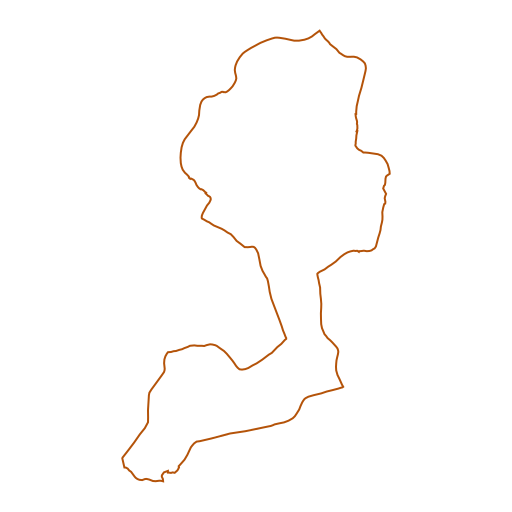 Kourweogo, Kourwéogo, Burkina Faso
{"feature_id": "67063806B35388046796178", "entity_name": "Kourweogo", "entity_type": "district", "adm_level": 2, "iso_a3": "BFA", "parent_name": "Burkina Faso", "parent_adm1": "Kourwéogo", "projection": "equal_earth", "projection_center": [-1.825, 12.601], "detail": "fine", "context": "isolated", "style": "outline", "palette": "amber", "viewbox_px": 512, "rotation_deg": 0, "n_neighbors": 0, "source": "geoboundaries", "source_scale": "gbopen_adm2", "svg_char_len": 5171}
<svg xmlns="http://www.w3.org/2000/svg" viewBox="0 0 512 512"><path d="M270.7,426.0L272.9,425.2L274.6,424.4L279.0,423.4L284.0,422.4L288.5,420.7L292.7,418.3L294.8,416.3L296.7,413.5L299.2,409.5L300.5,406.1L302.2,402.4L303.3,400.6L304.5,399.0L305.7,398.1L308.4,396.7L313.6,395.2L321.2,393.4L326.8,391.5L332.2,390.2L338.3,388.6L340.7,387.8L342.4,387.4L343.2,386.8L342.0,384.7L339.5,379.1L337.5,375.0L336.2,370.4L336.0,366.8L336.2,363.5L336.5,360.3L337.2,357.2L337.9,354.4L338.3,351.9L338.1,350.4L337.5,348.5L336.2,346.7L334.3,344.6L332.3,342.4L330.1,340.2L327.6,338.1L326.1,336.0L324.5,334.2L323.2,331.0L322.0,328.2L321.2,324.2L321.0,319.2L320.9,313.3L321.2,307.9L321.3,303.9L320.9,298.8L320.3,293.7L320.1,287.5L319.1,283.2L318.6,280.1L317.9,277.4L317.5,275.4L317.3,273.9L317.7,273.3L319.7,271.8L324.6,269.4L328.3,266.6L331.2,264.8L335.8,261.5L340.5,257.0L344.3,254.2L347.5,252.4L350.4,251.4L353.6,250.7L355.9,251.0L356.7,250.8L357.3,250.8L358.9,251.9L359.2,251.2L361.0,251.1L363.9,250.7L366.8,251.2L369.4,251.0L371.5,250.4L373.1,249.2L374.6,248.4L375.9,246.5L376.7,243.5L378.3,237.4L379.6,233.4L380.5,230.0L380.9,226.5L381.9,222.5L382.4,219.8L382.5,216.6L382.3,212.2L383.2,207.7L384.2,204.1L385.2,203.6L385.4,201.8L384.7,198.2L385.2,196.1L386.1,193.9L383.2,188.5L384.0,185.8L384.9,184.9L385.3,182.8L385.5,178.7L386.0,176.6L386.8,175.7L389.7,173.8L389.5,171.1L388.7,167.9L387.6,164.1L385.7,160.7L383.8,157.9L381.5,155.7L377.9,154.2L374.5,153.7L368.4,152.8L364.9,152.5L363.3,152.5L361.2,150.8L359.0,149.8L357.3,148.4L355.4,145.7L355.4,145.0L355.7,143.7L355.7,141.8L356.2,138.5L356.4,135.4L357.3,131.2L356.6,131.2L357.0,130.2L357.4,128.3L357.3,125.1L356.9,123.9L357.1,122.2L357.0,121.1L356.1,118.1L355.8,116.7L355.5,114.1L356.2,114.0L356.2,111.5L356.7,106.1L357.8,101.3L359.0,95.8L361.4,87.9L363.4,79.8L364.7,74.4L365.5,71.0L365.9,68.3L365.6,65.7L364.9,63.4L363.2,61.5L360.6,59.4L357.0,57.4L353.8,56.7L350.0,56.8L347.2,56.8L344.9,56.2L343.1,55.2L340.9,53.7L339.4,52.8L336.4,49.1L332.5,46.1L330.1,44.2L329.1,42.6L327.8,41.2L326.4,40.0L324.9,38.5L323.4,36.2L322.2,34.7L321.1,32.8L320.4,31.9L319.6,30.7L314.8,34.2L311.9,36.5L308.4,38.4L304.5,39.7L298.8,40.7L294.3,40.7L290.6,39.9L285.2,38.7L279.5,37.8L277.1,37.6L274.9,37.7L272.0,38.5L266.7,40.3L260.6,42.8L258.5,43.9L255.6,45.5L251.1,47.9L247.7,50.0L244.8,51.9L242.7,53.6L239.7,57.3L237.1,61.5L235.6,65.3L235.1,67.4L234.8,70.0L235.2,72.9L235.8,75.1L236.1,76.6L236.3,78.5L235.8,80.5L234.8,82.7L232.6,86.3L230.8,88.3L229.0,90.1L227.2,91.5L226.0,92.1L225.3,92.3L224.2,92.1L223.3,92.1L222.9,91.8L221.5,91.9L220.3,92.7L218.1,93.5L216.8,94.6L214.2,95.9L211.6,96.6L209.4,96.6L206.6,97.1L204.6,98.2L202.9,99.6L201.5,101.5L200.2,104.9L199.3,110.5L199.0,115.2L198.1,118.7L196.6,122.5L194.3,126.8L191.1,130.9L186.9,136.4L184.7,139.3L182.9,142.9L181.6,147.3L180.8,152.8L180.5,157.6L180.8,163.1L181.5,166.5L182.7,169.7L184.9,172.7L186.9,174.5L188.4,176.1L188.9,176.7L188.9,177.7L190.3,178.9L190.9,178.5L192.0,179.0L193.7,179.9L194.7,181.1L195.7,183.0L196.4,184.8L197.2,186.0L197.9,187.0L199.0,188.2L200.6,189.3L201.4,189.2L203.3,190.2L205.1,192.0L206.1,192.7L205.6,193.4L207.0,194.7L208.0,195.8L209.0,196.2L209.5,196.6L209.9,196.8L210.3,197.4L210.6,198.1L210.7,198.8L210.7,199.7L210.3,200.6L209.3,202.7L207.0,205.5L204.6,209.9L202.9,213.0L201.9,215.5L201.7,217.0L201.7,217.9L201.9,218.5L204.2,219.7L207.0,221.4L209.2,222.3L211.0,223.6L213.9,225.5L217.7,227.1L221.7,228.8L224.5,230.4L227.5,232.5L230.8,234.2L233.5,237.0L236.6,240.9L240.8,244.0L242.9,245.7L244.6,247.1L247.8,247.2L250.1,247.0L252.0,246.7L253.7,246.9L255.0,247.8L256.3,249.6L258.1,253.2L259.3,259.0L260.6,265.9L262.5,270.8L264.4,274.1L265.9,276.8L267.1,278.4L267.9,281.1L268.9,286.5L269.7,291.8L271.4,298.8L274.2,306.2L279.5,320.1L281.7,326.2L283.0,330.4L284.5,334.0L285.5,336.7L286.2,338.0L286.2,338.9L284.9,339.9L281.3,343.9L277.3,347.1L271.8,352.9L268.9,354.6L262.2,359.7L256.6,363.4L252.6,365.4L248.3,368.0L245.3,369.1L242.0,369.6L239.5,369.3L237.6,367.7L236.0,365.8L234.3,363.2L232.5,360.7L229.8,357.4L226.8,353.8L224.0,351.0L219.5,347.9L216.8,345.9L215.2,345.2L212.3,344.5L210.1,344.3L206.7,345.1L204.2,346.0L201.8,345.8L197.4,345.8L194.4,345.4L193.0,345.5L189.9,345.8L187.8,346.9L184.4,348.1L182.1,349.2L179.2,349.9L176.0,351.0L173.6,351.2L171.0,352.0L168.0,352.2L166.9,353.6L165.4,356.3L164.4,359.4L164.1,363.2L164.7,368.8L164.5,370.5L164.0,372.1L161.7,375.4L155.8,383.5L151.4,389.5L149.4,392.7L148.9,395.3L148.0,410.2L148.1,417.5L148.0,422.3L144.8,428.2L139.8,434.4L134.1,442.6L128.1,450.5L123.1,456.9L122.6,457.5L122.3,458.3L124.4,467.5L125.9,467.6L127.7,468.6L129.2,470.5L131.1,471.8L134.7,476.7L135.7,477.8L137.4,479.0L139.4,479.8L142.2,480.1L144.8,479.1L146.2,478.9L147.4,479.1L148.6,479.4L149.1,479.5L152.9,481.0L155.6,481.2L159.5,480.7L161.2,480.8L163.1,481.3L162.9,479.0L161.8,476.7L161.9,475.3L163.9,472.4L167.9,470.9L167.9,472.6L168.9,472.6L171.0,472.9L172.6,472.4L174.7,472.8L177.4,470.4L178.3,468.9L178.6,468.0L179.0,467.6L178.7,466.2L180.2,464.6L184.5,459.7L187.4,454.8L189.2,450.9L190.9,447.3L192.2,445.6L194.1,443.4L196.6,441.6L199.7,441.2L211.3,438.5L230.0,433.5L245.4,431.2L269.0,426.3L270.7,426.0Z" fill="none" stroke="#b45309" stroke-width="2"/></svg>